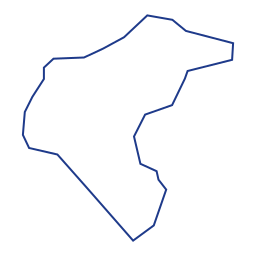 outline of Håbo, Uppsala, Sweden
{"feature_id": "70781695B92179947733234", "entity_name": "Håbo", "entity_type": "district", "adm_level": 2, "iso_a3": "SWE", "parent_name": "Sweden", "parent_adm1": "Uppsala", "projection": "robinson", "projection_center": [17.508, 59.623], "detail": "fine", "context": "isolated", "style": "outline", "palette": "blue", "viewbox_px": 256, "rotation_deg": 0, "n_neighbors": 0, "source": "geoboundaries", "source_scale": "gbopen_adm2", "svg_char_len": 505}
<svg xmlns="http://www.w3.org/2000/svg" viewBox="0 0 256 256"><path d="M147.3,15.4L124.1,37.2L103.1,48.6L84.0,57.5L53.5,58.7L43.9,67.6L43.9,79.0L32.4,96.8L24.8,112.0L22.9,134.9L29.1,148.0L57.4,154.5L87.4,188.4L133.1,240.6L153.8,225.4L166.2,189.6L158.5,179.7L156.6,171.2L140.4,163.8L134.0,136.5L145.1,114.6L172.1,105.1L178.0,92.9L184.9,78.6L187.6,71.0L188.0,70.9L232.1,59.8L233.1,43.2L189.3,31.8L185.9,30.9L177.6,24.1L172.4,19.8L151.2,16.1L147.3,15.4Z" fill="none" stroke="#1e3a8a" stroke-width="2"/></svg>